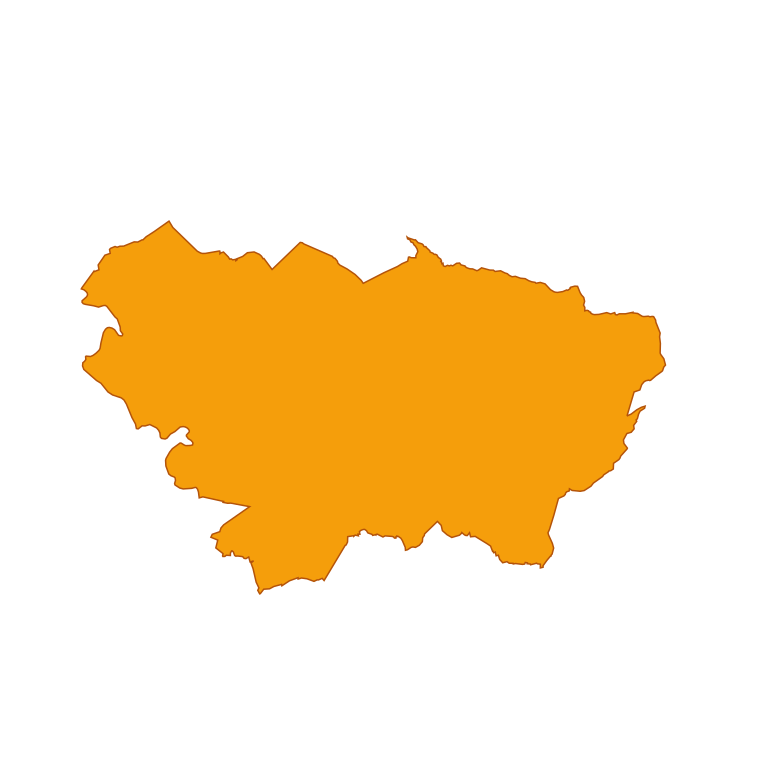 Penjamillo, Michoacán, Mexico (Albers equal-area conic projection), rotated 250°
{"feature_id": "50627088B96550332403790", "entity_name": "Penjamillo", "entity_type": "district", "adm_level": 2, "iso_a3": "MEX", "parent_name": "Mexico", "parent_adm1": "Michoacán", "projection": "albers", "projection_center": [-101.903, 20.095], "detail": "fine", "context": "isolated", "style": "filled", "palette": "amber", "viewbox_px": 768, "rotation_deg": 250, "n_neighbors": 0, "source": "geoboundaries", "source_scale": "gbopen_adm2", "svg_char_len": 6171}
<svg xmlns="http://www.w3.org/2000/svg" viewBox="0 0 768 768"><g transform="rotate(250 384 384)"><path d="M340.2,171.4L339.9,175.2L328.5,193.1L327.8,192.3L325.4,196.3L324.5,199.2L314.7,215.8L306.5,185.2L304.5,181.6L301.4,179.2L301.5,171.2L299.2,168.9L294.2,174.4L287.5,169.9L279.7,174.7L277.6,173.5L277.0,173.6L276.4,175.5L277.0,177.2L275.4,181.0L277.7,181.9L279.3,183.7L279.2,184.2L277.7,185.0L274.0,185.0L273.0,185.7L272.3,187.9L270.4,191.6L270.0,192.2L268.0,192.9L267.1,194.5L267.7,197.7L262.6,197.3L262.4,201.0L261.3,197.8L255.2,197.8L241.5,196.1L235.2,196.7L233.3,194.8L229.3,195.4L229.3,196.1L232.3,200.8L230.7,206.4L231.4,211.3L230.7,219.2L229.3,219.0L231.4,227.9L231.4,237.0L230.1,236.6L229.9,240.1L227.3,245.0L222.5,250.7L222.8,254.2L222.3,255.4L222.5,259.4L219.8,260.5L245.6,292.3L245.7,293.4L248.0,295.7L253.0,297.7L251.8,303.6L251.2,303.5L251.9,305.2L250.1,308.0L251.8,308.2L251.1,310.0L253.7,310.4L254.4,312.4L254.4,314.8L253.9,316.2L252.1,317.4L249.6,317.9L246.8,321.3L245.6,321.6L245.3,324.3L244.8,324.7L245.3,325.0L245.3,326.2L240.6,330.7L240.9,333.1L237.9,339.7L237.0,340.7L235.7,341.1L235.3,342.0L235.2,342.5L236.2,342.7L236.1,343.9L236.7,344.1L235.9,345.3L233.3,347.1L230.5,347.7L223.3,348.1L220.4,347.3L220.2,349.4L221.2,353.6L221.0,355.4L219.7,357.7L220.4,362.1L222.7,366.1L226.3,367.8L227.8,370.0L229.3,370.9L236.6,387.2L231.6,389.4L226.2,388.7L220.8,391.7L216.6,395.2L216.1,403.2L217.2,405.8L217.8,406.3L214.6,408.1L213.6,409.2L213.1,410.5L215.0,413.5L210.8,413.1L209.6,417.6L198.6,426.3L195.3,428.7L189.7,428.8L189.7,429.2L187.9,429.4L188.0,431.1L184.2,430.6L184.0,432.9L179.6,432.7L175.4,434.4L175.0,438.8L172.8,440.3L171.3,444.0L170.7,443.9L170.3,446.2L167.1,452.5L166.7,454.6L168.0,455.7L166.9,457.6L166.1,457.1L164.8,459.9L164.0,459.9L163.4,466.2L162.6,466.6L161.2,469.3L157.7,468.0L157.4,470.8L158.9,471.4L162.4,476.5L165.2,481.3L165.2,482.1L166.1,482.6L166.7,483.8L171.8,487.3L176.7,487.7L185.8,487.0L188.1,487.2L190.7,489.7L202.3,498.5L216.8,508.8L217.3,514.8L218.2,516.5L219.5,517.5L220.2,518.7L220.2,521.5L222.1,522.4L219.6,524.4L216.1,531.7L215.4,535.7L217.2,543.6L219.3,546.9L222.3,557.8L223.5,559.4L224.9,565.1L225.3,565.5L225.0,567.4L225.7,570.4L231.0,572.6L232.6,578.8L233.5,580.2L235.4,581.9L239.9,590.3L240.5,590.8L246.1,589.1L249.6,589.9L254.4,595.3L254.1,599.8L256.3,603.7L259.7,604.4L262.5,608.7L264.0,608.6L264.7,610.2L268.6,612.9L270.9,615.3L272.1,620.6L273.9,621.8L274.1,617.8L273.3,612.7L271.2,605.9L270.9,601.9L271.4,601.8L291.0,616.3L290.9,622.4L295.3,626.0L297.1,629.1L297.5,631.1L297.1,634.0L296.4,634.8L296.3,635.8L298.7,642.1L300.7,649.2L301.2,650.3L304.2,652.7L305.5,655.0L312.0,655.6L317.3,654.1L318.7,654.1L327.6,657.6L334.1,659.1L337.4,660.9L349.1,660.6L351.2,661.1L355.1,660.4L355.8,659.1L356.2,656.9L357.3,655.6L358.5,651.2L359.3,649.8L363.5,646.5L365.9,641.8L366.3,642.2L367.4,634.8L369.5,629.1L369.2,626.6L370.1,625.2L372.2,625.2L372.3,621.0L374.9,617.7L375.9,609.8L377.2,605.5L378.2,603.9L379.9,602.5L380.8,602.7L381.9,601.4L382.8,601.3L383.8,600.0L384.1,597.7L387.3,598.9L389.9,598.5L393.1,600.8L397.0,601.3L399.9,600.1L402.8,599.5L409.6,599.3L410.7,596.8L411.1,592.4L410.6,591.6L410.0,591.7L409.2,588.7L409.9,587.8L409.7,583.6L410.7,578.4L411.5,576.7L412.5,575.3L415.7,572.7L423.0,569.6L426.0,565.6L426.7,561.3L427.8,560.8L429.5,557.8L431.6,555.3L434.7,552.7L436.8,548.3L440.2,544.3L441.0,541.0L443.2,538.9L445.5,537.6L447.0,535.6L450.5,532.3L451.8,526.8L453.6,525.7L454.8,522.5L459.8,515.4L458.7,511.5L458.7,510.0L461.8,506.7L462.9,504.1L464.6,501.9L466.1,500.7L467.2,500.5L469.6,497.1L471.8,496.4L472.6,493.5L471.5,489.0L472.7,487.5L472.6,485.8L473.8,484.3L473.5,481.6L474.8,480.2L477.3,480.7L477.1,479.6L478.6,479.7L479.7,479.3L479.9,480.1L481.9,480.0L484.5,478.3L487.3,477.8L488.4,476.5L488.6,475.5L490.1,474.8L492.2,472.5L493.6,472.6L497.9,470.4L498.7,470.4L499.5,468.6L501.6,468.3L502.7,467.6L505.1,464.4L508.7,462.9L509.1,461.7L513.1,456.6L514.1,456.0L512.3,455.8L510.7,457.6L508.2,457.9L506.9,459.5L504.4,459.8L502.7,460.7L499.5,461.3L496.7,461.0L493.8,457.9L491.7,457.1L493.3,452.9L494.7,451.3L494.8,450.4L491.3,448.3L490.9,442.1L489.8,436.8L488.6,422.0L485.7,398.9L489.2,398.0L496.8,394.3L504.8,388.6L510.8,383.2L513.4,382.0L515.3,382.2L517.3,381.5L518.9,380.9L519.9,379.6L521.5,379.2L542.9,356.7L544.7,355.5L545.7,353.7L529.9,318.0L543.0,314.1L543.1,313.2L546.0,312.6L548.4,311.3L552.5,307.1L554.1,300.5L552.2,294.8L552.0,288.3L551.0,288.5L550.5,286.9L551.9,287.1L552.4,284.3L553.9,283.1L554.1,281.7L556.6,281.2L562.9,278.3L563.0,275.8L562.5,274.4L565.0,275.2L565.3,274.8L567.8,260.9L568.7,258.2L569.7,256.6L572.6,254.0L603.3,239.1L610.6,237.7L605.8,220.0L603.7,210.8L601.9,206.8L602.2,205.9L601.6,201.2L603.0,197.8L602.6,186.5L603.8,182.9L603.8,180.0L605.2,178.3L605.0,173.4L604.3,172.1L600.4,171.4L600.5,165.8L593.6,156.1L588.8,155.2L588.7,150.0L589.2,150.0L577.8,133.1L576.9,132.1L575.2,134.2L573.1,135.5L571.3,136.2L569.6,136.1L568.5,135.4L567.5,134.0L565.5,128.8L564.0,128.2L562.3,128.9L561.0,130.6L556.8,137.9L553.9,142.1L553.7,147.0L553.2,148.9L551.8,150.1L539.1,154.1L536.4,155.6L527.8,155.6L524.2,154.5L520.3,155.6L519.0,154.6L519.0,153.5L520.5,151.2L527.2,149.4L529.6,147.5L531.1,145.2L531.5,143.3L530.7,141.0L528.2,137.9L519.3,132.0L514.6,129.4L513.1,127.7L511.4,123.9L510.4,120.5L510.2,117.7L512.1,113.6L511.7,112.9L509.0,112.2L507.7,110.3L507.0,108.3L504.1,106.9L500.4,106.9L485.7,115.0L481.5,118.3L470.9,121.9L466.5,125.2L460.8,132.4L457.9,134.2L453.2,135.1L438.6,135.7L431.4,136.8L426.8,136.1L425.9,137.6L427.4,142.4L426.3,145.2L426.0,150.1L420.5,155.3L417.6,156.4L414.7,156.7L410.7,155.7L409.0,156.3L407.2,159.5L407.3,161.5L410.0,166.2L410.8,171.2L413.3,177.8L412.7,180.7L411.6,182.6L409.9,184.1L408.3,184.8L406.8,185.1L405.6,184.6L403.6,180.9L402.7,180.5L399.5,181.4L397.2,183.3L395.3,184.1L393.8,184.3L392.2,183.2L392.5,180.9L393.8,176.9L394.5,175.8L397.8,173.2L398.3,172.2L395.6,163.0L393.3,159.3L388.6,153.8L386.9,152.6L381.5,151.0L373.0,151.0L370.7,152.4L368.2,155.2L367.2,155.6L364.7,155.1L362.1,153.2L360.6,153.1L356.1,156.5L354.1,159.4L351.7,167.7L351.4,171.2L350.8,172.2L348.9,172.8L346.0,172.7L340.2,171.4Z" fill="#f59e0b" stroke="#b45309" stroke-width="1.5"/></g></svg>